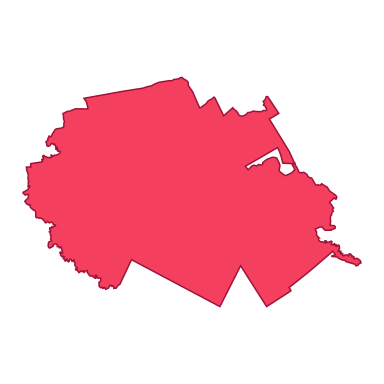 the district of Raca, Arges, Romania
{"feature_id": "2599482B74938824194628", "entity_name": "Raca", "entity_type": "district", "adm_level": 2, "iso_a3": "ROU", "parent_name": "Romania", "parent_adm1": "Arges", "projection": "albers", "projection_center": [25.033, 44.43], "detail": "fine", "context": "isolated", "style": "filled", "palette": "rose", "viewbox_px": 384, "rotation_deg": 0, "n_neighbors": 0, "source": "geoboundaries", "source_scale": "gbopen_adm2", "svg_char_len": 5867}
<svg xmlns="http://www.w3.org/2000/svg" viewBox="0 0 384 384"><path d="M266.6,306.6L290.6,291.1L290.9,290.7L290.8,290.2L289.1,287.6L308.5,272.1L332.8,251.3L335.4,254.7L331.8,256.0L331.8,256.4L337.1,257.0L338.5,258.3L342.4,260.1L344.7,260.2L346.1,261.7L354.9,264.2L356.1,265.9L357.6,265.4L358.4,264.8L358.4,264.2L361.0,262.8L360.3,260.6L359.7,260.4L358.2,258.8L356.3,258.3L355.1,258.9L354.1,258.8L353.7,258.3L354.2,257.2L353.3,256.7L352.0,256.7L352.4,255.9L351.5,255.3L351.4,254.8L350.0,253.8L348.9,254.1L348.9,255.4L348.5,256.0L347.6,255.1L345.7,254.9L344.7,255.1L343.7,255.9L342.8,255.6L342.7,253.7L341.3,254.2L340.8,253.8L341.3,252.5L340.0,252.5L340.5,251.3L338.8,251.5L338.1,251.1L338.3,250.8L339.3,250.7L338.7,249.8L339.5,248.4L339.4,246.4L339.1,245.4L338.2,245.0L337.1,246.2L336.2,246.3L335.9,246.0L336.3,244.9L336.1,244.6L335.7,244.5L334.7,245.1L334.1,244.9L334.5,243.8L334.4,243.6L333.2,244.5L331.5,244.8L331.2,244.2L331.7,243.3L331.4,242.8L332.0,241.8L331.3,241.1L328.0,242.4L327.3,242.1L326.8,242.4L326.8,241.7L326.5,241.4L325.3,242.9L325.1,242.3L326.0,241.0L325.9,240.7L325.0,240.8L324.4,241.9L323.5,242.3L322.1,241.7L321.2,241.9L320.1,241.5L319.0,240.5L318.3,238.9L318.6,238.0L319.2,238.0L316.6,235.3L316.6,232.1L315.2,229.1L319.8,227.1L322.1,226.9L324.2,229.6L325.3,230.3L331.5,230.2L332.5,229.3L335.1,228.4L335.2,226.6L334.1,225.6L330.1,225.3L330.7,221.0L330.4,218.4L330.5,216.4L331.7,214.6L331.7,213.0L333.4,211.0L332.3,209.4L333.6,208.0L329.6,202.2L334.3,198.0L335.9,199.3L336.7,198.0L336.7,196.7L335.6,195.2L329.7,191.1L327.2,187.1L323.3,184.9L321.7,183.7L320.1,185.2L319.4,185.4L318.0,184.6L316.5,185.2L315.6,184.8L311.7,178.1L309.2,177.4L308.1,176.6L307.0,174.5L303.9,172.3L301.1,172.7L299.4,172.5L298.9,171.9L296.8,167.2L295.4,165.3L294.9,163.1L293.7,163.9L292.6,164.1L292.2,164.6L294.8,169.4L291.8,172.8L285.6,175.6L283.8,174.7L279.6,171.5L279.2,169.9L280.0,165.6L279.0,162.5L276.8,158.1L274.5,157.4L272.1,157.3L266.4,159.6L262.7,162.7L262.7,164.3L261.3,165.1L258.8,164.4L256.4,166.0L254.3,165.2L253.1,165.4L251.5,166.4L248.1,169.8L245.5,166.2L277.6,147.6L279.3,151.1L281.0,155.9L282.8,163.2L291.9,163.6L292.7,164.0L293.8,163.7L294.5,163.0L289.2,151.4L269.4,119.1L278.8,113.4L267.7,96.6L266.2,96.6L265.6,98.6L264.6,100.3L263.2,101.3L264.3,103.6L263.5,104.8L263.6,105.3L265.3,106.4L266.7,109.5L266.4,110.4L265.8,110.7L263.4,110.4L261.8,111.6L257.2,111.6L253.2,111.1L250.2,112.4L248.0,112.4L246.0,114.6L242.1,116.3L239.4,115.5L236.6,111.2L233.4,108.7L232.8,107.7L223.7,115.8L214.9,97.9L214.0,97.1L212.0,98.8L208.8,100.5L207.7,101.4L206.5,103.3L200.7,107.6L200.0,107.9L199.5,107.5L192.6,91.7L188.4,85.6L188.3,82.9L187.8,81.7L186.2,80.3L183.4,78.8L182.1,77.4L179.9,77.8L178.7,78.9L173.7,79.5L172.1,80.7L168.8,80.7L159.4,82.2L155.2,83.8L151.0,86.0L148.7,86.3L142.7,88.2L123.3,91.2L84.0,98.3L86.6,102.3L87.6,106.5L87.9,108.9L75.4,108.8L69.7,111.1L67.3,111.4L63.2,113.4L62.9,114.1L63.5,115.6L63.4,118.1L64.5,122.0L63.9,123.0L63.8,126.9L61.2,128.2L57.1,128.7L55.4,129.3L52.5,133.6L51.2,136.6L49.0,136.1L48.5,137.9L47.8,138.5L47.9,140.2L46.4,141.3L45.9,142.2L46.6,143.5L47.0,145.8L48.0,146.4L49.7,145.9L51.2,143.8L52.8,143.5L53.5,144.6L53.8,144.7L54.6,144.1L55.2,144.8L55.8,147.9L56.5,147.8L57.0,147.1L57.2,147.5L57.1,148.0L55.9,149.2L56.8,149.7L57.8,149.5L57.5,150.6L57.7,151.1L60.2,151.5L59.8,152.9L58.0,154.5L55.9,155.3L54.4,155.1L54.0,155.6L52.6,156.2L51.8,155.2L51.1,155.0L50.9,155.6L51.6,157.1L50.8,157.7L46.8,157.3L46.3,156.8L44.9,156.6L44.4,155.6L43.3,155.5L42.8,155.9L42.6,156.9L43.3,157.5L43.3,159.4L42.7,159.9L42.1,159.4L41.8,159.8L42.4,161.5L42.2,161.9L30.8,163.6L30.6,164.2L30.9,166.9L26.3,167.1L26.9,171.0L27.6,172.4L28.3,175.0L28.0,177.9L28.1,179.5L28.6,180.5L28.7,181.3L28.1,182.1L28.4,184.2L28.0,186.5L29.5,186.0L29.9,186.4L27.6,189.8L23.1,192.3L23.0,193.0L25.1,195.0L28.0,194.5L28.5,194.8L28.3,197.3L28.0,198.0L24.8,201.3L26.7,203.9L28.3,204.9L30.2,204.8L30.3,205.0L29.9,205.9L30.6,207.6L33.4,210.1L34.4,210.1L35.6,211.6L35.9,215.8L35.6,216.7L36.2,217.5L36.8,217.8L37.5,217.5L38.5,218.0L41.9,218.5L42.3,219.1L43.0,219.3L43.6,220.5L44.5,221.0L45.2,222.7L46.3,222.7L47.7,221.5L49.3,222.9L51.7,222.2L53.1,223.4L53.2,224.5L55.5,225.0L55.3,225.9L53.5,226.5L53.0,227.3L52.7,227.4L51.9,226.7L51.2,228.0L50.3,227.6L49.7,228.0L49.7,229.4L50.7,230.3L50.7,230.9L49.3,231.8L50.5,233.6L50.4,235.1L51.2,236.3L50.7,238.3L50.7,239.3L51.5,240.5L50.8,241.3L49.2,241.7L48.5,242.7L48.1,246.0L48.7,247.5L49.7,248.1L50.8,247.6L52.8,246.5L53.5,245.6L53.0,244.8L53.9,244.1L55.0,243.9L56.7,244.3L57.3,245.1L57.2,246.6L58.8,246.6L59.1,247.7L59.9,247.8L59.9,247.0L61.5,247.2L61.6,248.9L61.9,250.4L62.5,251.4L62.5,253.1L62.0,253.3L60.6,252.0L60.0,252.1L59.9,252.8L60.1,253.5L60.9,253.8L60.6,255.1L62.1,256.9L63.5,256.2L64.3,256.8L63.3,258.7L64.3,259.2L65.2,261.1L65.8,261.0L66.4,259.2L67.0,259.4L67.1,260.3L68.1,260.9L68.0,261.6L68.4,261.9L69.1,261.4L69.6,259.7L70.1,259.2L71.3,259.9L72.0,261.3L72.8,261.2L73.2,260.3L73.7,260.0L74.0,260.1L74.3,262.4L75.2,263.5L74.8,264.7L74.9,265.4L75.9,267.1L77.2,267.6L77.0,268.7L75.5,269.0L75.6,269.5L75.9,270.0L77.0,270.1L78.9,272.6L79.8,272.2L80.4,271.1L81.2,271.0L82.4,271.7L83.3,271.0L84.1,272.4L84.8,271.9L85.1,270.9L87.4,270.5L87.2,272.2L88.3,273.8L89.2,274.1L89.1,275.2L89.6,275.7L91.1,276.2L92.5,275.8L92.8,276.4L93.1,276.4L93.2,276.8L95.1,278.3L95.9,278.3L96.7,277.3L95.3,276.6L95.5,276.0L95.3,275.4L96.0,275.1L96.8,275.5L97.1,277.4L98.6,278.4L100.8,278.0L100.9,278.9L100.5,281.3L98.9,282.4L99.2,283.2L98.9,284.2L99.3,286.5L100.6,287.7L102.5,287.3L102.8,287.5L102.7,288.4L102.9,288.4L103.2,287.9L104.0,288.1L105.0,287.5L105.5,289.2L106.9,288.9L108.7,287.9L109.0,286.8L109.5,286.5L109.5,285.8L110.5,285.0L111.9,286.4L112.5,285.8L113.0,285.8L113.6,287.1L114.0,287.3L113.9,288.4L116.1,288.2L117.8,285.7L119.9,284.3L131.5,259.7L219.9,306.6L240.6,265.7L266.6,306.6Z" fill="#f43f5e" stroke="#9f1239" stroke-width="1.5"/></svg>